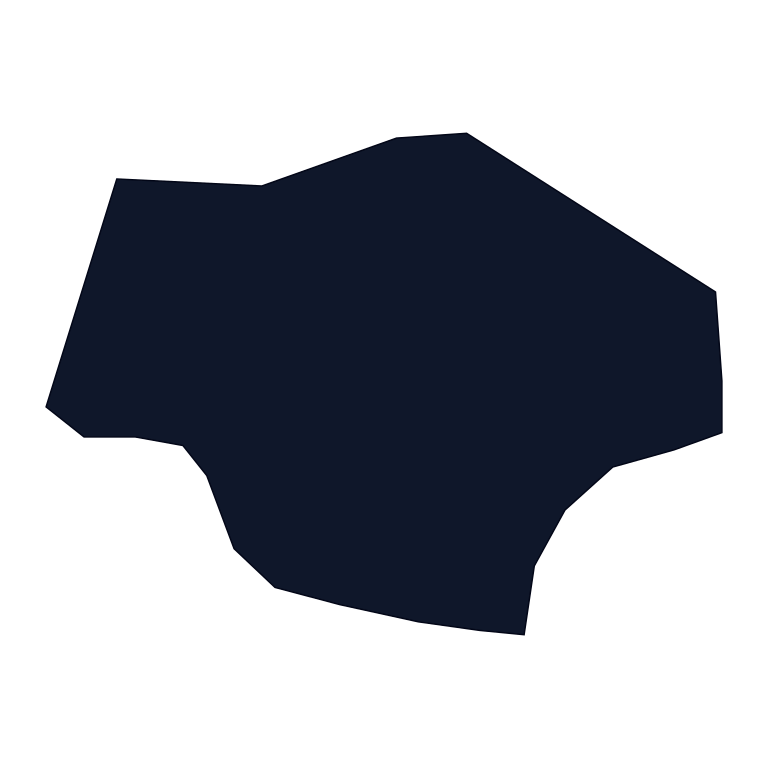 an SVG outline of Ordino
{"feature_id": "AND-4878", "entity_name": "Ordino", "entity_type": "state/province", "adm_level": 1, "iso_a3": "AND", "parent_name": "Andorra", "parent_adm1": "", "projection": "natural_earth1", "projection_center": [1.528, 42.606], "detail": "fine", "context": "isolated", "style": "filled", "palette": "ink", "viewbox_px": 768, "rotation_deg": 0, "n_neighbors": 0, "source": "natural_earth", "source_scale": "10m", "svg_char_len": 406}
<svg xmlns="http://www.w3.org/2000/svg" viewBox="0 0 768 768"><path d="M466.6,133.3L715.5,292.0L721.9,381.0L721.9,432.6L674.2,449.8L612.8,467.0L565.0,510.0L534.3,565.9L524.1,634.7L479.7,630.4L418.3,621.8L339.8,604.6L275.0,587.4L234.1,548.7L206.8,475.6L182.9,445.5L135.1,436.9L84.0,436.9L46.1,406.9L116.8,179.0L261.8,186.0L396.5,138.1L466.6,133.3Z" fill="#0f172a" stroke="#020617" stroke-width="1.5"/></svg>